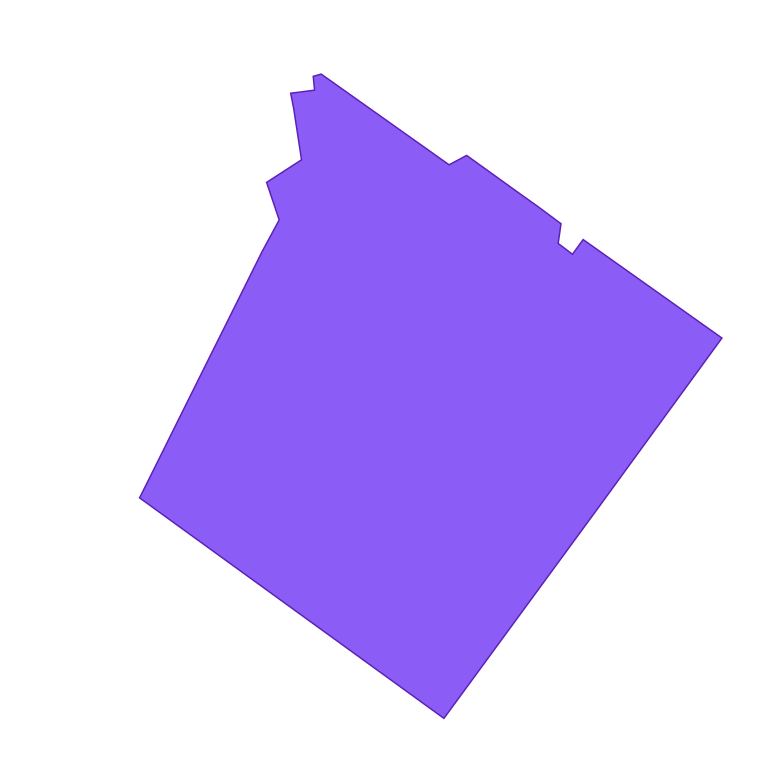 Chambers, Alabama, United States of America, rotated 216°
{"feature_id": "52423323B15727406815643", "entity_name": "Chambers", "entity_type": "district", "adm_level": 2, "iso_a3": "USA", "parent_name": "United States of America", "parent_adm1": "Alabama", "projection": "orthographic", "projection_center": [-85.292, 32.918], "detail": "fine", "context": "isolated", "style": "filled", "palette": "violet", "viewbox_px": 768, "rotation_deg": 216, "n_neighbors": 0, "source": "geoboundaries", "source_scale": "gbopen_adm2", "svg_char_len": 507}
<svg xmlns="http://www.w3.org/2000/svg" viewBox="0 0 768 768"><g transform="rotate(216 384 384)"><path d="M139.0,148.7L137.9,409.9L137.6,619.8L307.8,617.9L307.8,599.7L325.7,600.1L335.0,617.7L363.7,618.0L385.4,617.8L451.5,617.5L460.2,599.6L617.0,597.8L622.1,591.3L612.9,580.9L630.4,564.4L618.7,553.5L582.5,516.9L597.5,478.1L565.2,455.1L565.2,454.9L563.7,443.9L560.5,419.7L546.0,333.8L541.1,304.3L525.8,213.5L524.3,204.8L514.8,148.2L139.0,148.7Z" fill="#8b5cf6" stroke="#5b21b6" stroke-width="1.5"/></g></svg>